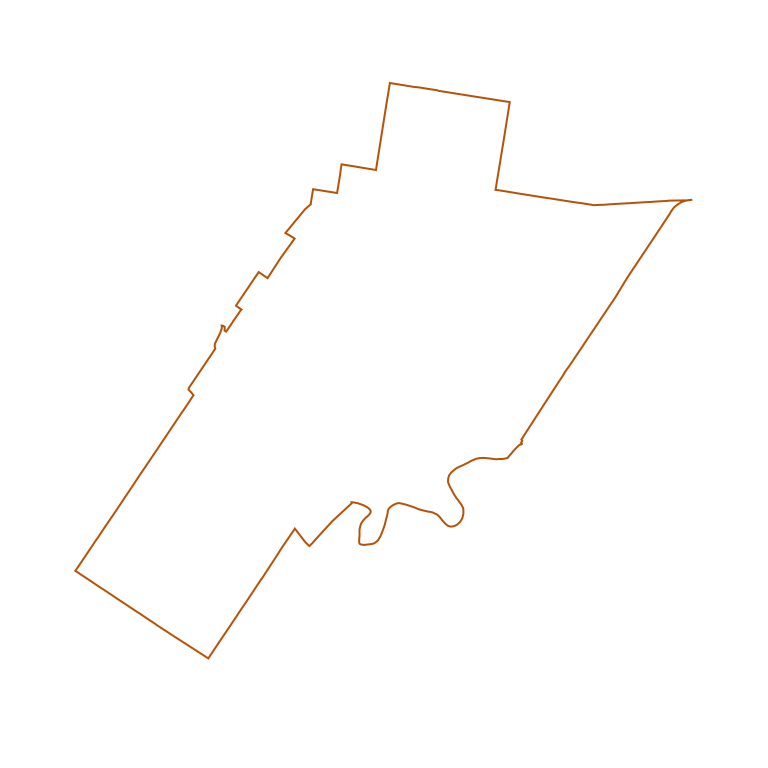 outline of Ciochina, Ialomita, Romania, rotated 189°
{"feature_id": "2599482B22569016944723", "entity_name": "Ciochina", "entity_type": "district", "adm_level": 2, "iso_a3": "ROU", "parent_name": "Romania", "parent_adm1": "Ialomita", "projection": "albers", "projection_center": [27.026, 44.577], "detail": "fine", "context": "isolated", "style": "outline", "palette": "amber", "viewbox_px": 768, "rotation_deg": 189, "n_neighbors": 0, "source": "geoboundaries", "source_scale": "gbopen_adm2", "svg_char_len": 5241}
<svg xmlns="http://www.w3.org/2000/svg" viewBox="0 0 768 768"><g transform="rotate(189 384 384)"><path d="M553.5,416.3L552.9,413.7L553.3,411.5L553.8,408.8L554.8,405.5L555.5,403.3L556.7,399.4L557.3,397.4L557.1,394.5L556.1,392.6L575.6,350.7L576.0,349.8L576.2,347.8L575.1,347.0L573.1,345.5L570.4,343.1L570.9,342.2L576.0,330.8L579.5,323.6L598.3,282.9L601.8,275.5L603.9,270.9L606.2,266.0L607.4,263.4L610.8,256.3L617.1,242.4L620.1,235.9L621.6,232.7L626.5,222.0L629.0,216.6L633.8,206.4L635.2,203.5L638.3,196.9L641.8,189.3L642.1,188.5L644.4,183.8L645.4,181.7L648.8,174.3L652.2,167.0L657.1,156.4L659.6,151.2L657.4,150.2L653.4,148.3L650.5,147.0L647.3,145.5L640.7,142.5L639.0,141.7L634.5,139.6L624.0,134.9L618.0,132.1L612.6,129.6L608.2,127.6L604.2,125.8L599.3,123.5L596.3,122.2L593.0,120.6L588.6,118.7L584.9,117.0L581.6,115.4L580.5,115.0L578.5,114.0L576.0,112.9L572.8,111.4L569.5,109.8L563.3,107.0L558.5,104.9L557.7,104.5L557.1,104.2L514.6,85.5L504.9,106.6L498.2,120.9L493.2,131.7L493.2,131.8L489.8,139.2L485.5,148.3L474.5,172.4L474.3,172.5L462.6,198.6L460.9,202.6L459.6,205.5L458.6,207.8L454.1,217.2L449.6,226.7L449.4,227.2L438.4,216.8L436.2,214.9L432.5,212.3L431.8,212.9L429.7,215.8L427.9,218.8L420.8,229.5L413.7,240.3L397.2,261.2L397.6,262.1L395.7,262.3L393.5,262.2L391.4,262.2L389.3,261.8L385.8,261.2L382.3,260.0L380.4,259.2L378.6,258.1L377.7,257.1L377.2,256.0L377.2,255.3L377.3,254.5L378.0,253.0L378.6,252.1L379.8,250.5L381.3,248.9L383.4,245.6L384.9,242.2L385.2,239.4L385.4,236.9L385.2,234.8L384.8,232.6L384.5,230.7L384.3,228.4L384.1,225.8L383.7,223.5L383.3,222.8L382.7,222.2L381.7,221.9L380.7,221.9L379.1,221.9L377.0,222.3L375.5,222.8L374.0,223.2L371.2,224.0L369.4,224.8L368.6,225.2L367.6,226.3L366.8,227.0L366.0,228.0L365.2,229.3L364.7,230.7L363.8,232.7L362.6,237.8L362.1,240.3L361.6,242.8L361.2,245.7L361.0,248.0L360.8,250.3L360.7,251.7L360.5,253.1L360.3,255.6L360.2,257.2L360.4,258.4L360.2,260.1L359.6,261.8L357.9,264.1L356.3,265.6L355.2,266.4L354.1,267.2L352.9,267.9L350.9,268.7L348.8,268.7L343.4,268.3L339.1,267.6L334.9,266.9L330.2,265.7L325.2,265.2L320.9,264.9L317.9,264.9L315.7,264.7L314.2,264.2L311.0,263.3L310.0,262.7L307.6,260.8L306.8,260.1L305.3,258.6L301.7,255.7L300.4,254.9L299.3,254.3L298.5,253.9L297.5,253.7L296.4,253.6L295.2,253.7L293.2,254.3L291.7,255.1L289.6,256.7L289.3,257.1L289.1,257.4L288.5,258.2L288.1,258.7L287.6,259.2L287.2,259.8L287.0,260.4L286.6,261.3L286.0,262.7L285.7,263.8L285.5,265.2L285.3,268.5L285.8,271.5L286.4,273.8L288.7,276.9L293.2,281.4L294.3,282.3L295.5,283.7L296.9,285.2L298.4,287.0L299.3,288.3L301.1,290.7L302.7,292.6L304.0,294.7L305.3,296.9L305.6,298.5L305.8,300.6L305.6,302.5L305.3,304.0L304.5,305.7L303.7,307.2L301.4,309.9L299.1,312.3L295.4,314.9L293.2,316.2L291.3,317.6L288.2,319.8L286.2,321.5L283.3,323.3L281.2,324.6L277.9,325.8L276.2,326.2L273.3,326.7L271.3,326.8L267.4,327.0L264.9,327.1L263.2,327.1L261.6,327.2L258.7,327.9L255.2,328.5L253.3,329.1L250.5,330.2L246.5,336.7L246.0,337.6L245.1,338.9L242.9,342.3L241.3,344.3L241.2,344.5L240.9,344.8L240.5,345.2L240.1,345.4L239.8,345.5L239.6,345.6L238.9,345.8L238.7,345.9L238.4,346.3L238.4,346.6L238.8,346.9L239.0,346.9L239.3,347.1L239.4,347.4L239.4,347.5L239.3,347.8L238.9,348.7L238.7,349.0L238.6,349.6L239.6,350.5L235.2,360.7L235.1,360.8L219.9,395.2L213.6,409.3L207.3,423.3L207.4,423.9L206.4,425.6L206.0,426.5L205.1,428.3L204.1,430.2L193.7,452.5L190.2,460.2L185.1,471.1L178.9,484.6L172.1,499.2L169.3,505.2L163.0,520.6L160.7,526.1L160.1,527.6L149.4,550.9L140.2,570.9L130.4,592.4L129.1,595.3L128.4,596.7L128.1,597.6L127.6,599.1L125.1,603.9L124.6,604.5L123.2,606.0L121.5,607.7L119.4,609.6L118.1,610.5L115.2,612.0L113.3,612.7L109.7,613.8L108.3,614.2L110.0,613.8L111.0,613.5L112.2,613.2L113.3,612.8L116.3,612.3L120.8,611.5L122.7,611.2L132.1,609.5L132.5,609.2L135.9,608.5L141.5,607.3L151.5,605.0L155.5,604.2L159.5,603.3L168.1,601.4L168.3,601.3L176.4,599.6L181.9,598.4L184.6,597.8L185.9,597.5L189.6,596.7L194.5,595.5L199.8,594.5L200.2,594.4L204.9,593.4L207.7,593.5L207.9,593.5L213.6,593.5L216.6,593.5L220.3,593.4L221.4,593.4L227.0,593.3L234.3,593.3L238.0,593.3L241.1,593.3L245.3,593.3L246.3,593.3L254.4,593.2L260.1,593.2L266.7,593.2L270.8,593.2L276.7,593.2L283.4,593.2L290.4,593.3L299.1,593.3L299.9,593.3L300.4,593.3L304.2,593.2L303.9,648.2L303.9,651.4L303.9,653.0L303.9,664.9L303.9,665.8L303.9,670.8L303.9,681.0L303.9,682.1L309.1,682.1L318.5,682.1L328.0,682.1L340.0,682.1L366.3,682.1L376.3,682.1L377.2,682.5L383.6,682.4L393.4,682.4L394.8,682.4L397.3,682.4L399.0,682.2L400.7,682.1L425.3,682.2L425.3,670.4L425.4,665.1L425.4,661.9L425.4,657.5L425.4,653.2L425.4,647.0L425.4,640.0L425.4,632.0L425.4,616.4L425.4,612.9L425.4,604.4L425.4,594.1L449.3,594.3L460.3,594.3L460.2,587.3L460.1,580.2L460.2,569.8L460.2,565.3L484.5,565.3L484.6,550.8L484.3,550.3L489.4,544.1L497.2,530.9L505.0,517.7L500.3,515.9L495.0,513.7L505.5,492.9L507.5,488.5L515.5,470.5L515.6,470.3L525.3,474.9L529.9,465.1L542.3,438.6L542.4,438.1L536.6,435.3L536.4,435.2L537.0,434.4L539.9,428.4L542.4,423.3L545.3,416.8L545.8,416.0L546.7,413.8L547.3,412.6L547.8,411.7L548.0,411.1L548.5,411.1L549.0,411.4L549.6,411.7L549.9,411.8L549.9,412.8L549.9,413.2L550.0,413.6L550.2,414.7L550.3,415.6L551.2,415.8L551.7,416.2L552.1,416.2L553.1,416.3L553.5,416.3Z" fill="none" stroke="#b45309" stroke-width="2"/></g></svg>